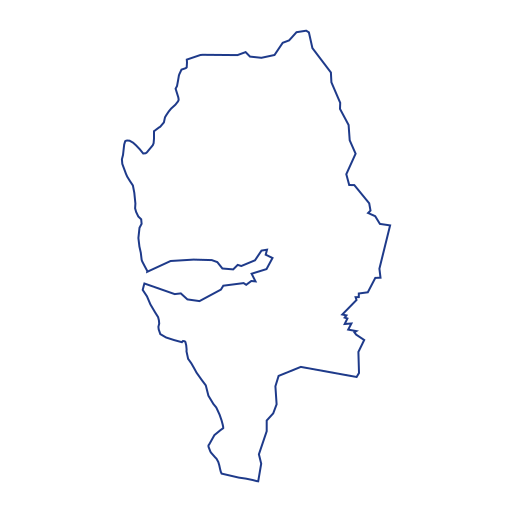 Struga, Struga, North Macedonia (Mercator projection)
{"feature_id": "65306769B59831193355348", "entity_name": "Struga", "entity_type": "district", "adm_level": 2, "iso_a3": "MKD", "parent_name": "North Macedonia", "parent_adm1": "Struga", "projection": "mercator", "projection_center": [20.597, 41.258], "detail": "fine", "context": "isolated", "style": "outline", "palette": "blue", "viewbox_px": 512, "rotation_deg": 0, "n_neighbors": 0, "source": "geoboundaries", "source_scale": "gbopen_adm2", "svg_char_len": 2619}
<svg xmlns="http://www.w3.org/2000/svg" viewBox="0 0 512 512"><path d="M144.4,283.5L143.9,285.2L142.7,289.9L147.0,296.4L150.4,304.4L155.0,312.2L157.4,316.0L158.1,317.1L158.9,320.3L159.2,323.6L158.6,326.0L158.4,326.8L158.7,329.4L160.3,334.1L166.1,337.5L174.2,340.1L181.9,342.2L182.4,341.5L183.0,341.0L184.7,341.3L185.4,342.0L186.2,345.3L186.6,349.4L186.5,351.4L188.1,358.8L191.3,363.3L194.0,368.0L196.5,372.6L201.6,379.8L205.8,385.4L208.4,395.7L213.4,404.0L216.2,407.4L216.7,408.4L219.6,414.7L221.6,420.5L222.7,424.6L223.2,427.1L223.2,428.2L220.5,430.1L214.4,435.1L209.2,444.4L208.7,445.0L208.4,445.9L208.6,447.0L210.3,451.4L210.9,452.5L215.1,457.3L216.5,458.7L218.3,462.0L219.3,465.4L220.1,469.1L220.8,471.8L221.6,473.6L234.5,476.6L238.8,477.6L245.8,478.6L252.6,480.0L256.7,481.1L258.2,481.3L261.2,463.7L258.9,454.3L266.7,431.2L266.7,420.5L273.2,413.4L276.6,404.3L275.4,386.3L278.6,375.9L300.8,366.9L356.6,377.0L359.0,373.0L358.4,351.9L364.2,340.0L356.1,334.6L354.4,332.3L356.3,331.1L348.2,329.6L351.4,323.5L344.7,324.0L347.4,318.5L344.7,317.6L346.4,315.4L342.3,314.5L356.5,300.0L355.6,297.2L358.8,297.1L358.8,293.5L367.8,292.3L375.3,277.9L380.5,277.7L379.4,268.7L390.1,225.4L379.9,223.9L375.2,216.2L368.1,213.0L370.5,210.6L369.2,203.3L354.3,185.1L349.2,185.0L346.3,174.2L355.6,153.7L349.7,140.3L348.6,125.0L340.0,108.9L340.2,102.8L331.4,82.3L330.9,72.5L312.4,48.1L308.9,32.4L306.2,30.7L296.5,32.2L289.1,40.4L282.7,42.8L274.5,55.0L261.4,57.8L250.0,56.6L245.6,52.1L237.5,55.1L202.6,54.8L200.4,55.0L186.8,59.6L187.0,62.6L186.7,67.3L186.3,67.8L185.1,68.4L181.5,69.6L179.3,74.3L178.9,75.5L178.0,80.8L177.0,86.1L175.6,88.7L178.3,97.4L178.6,99.2L178.6,100.0L178.0,101.4L175.4,104.7L171.1,108.6L168.8,111.4L166.3,115.1L165.0,117.3L163.9,122.4L160.2,126.8L159.1,127.4L154.0,131.2L154.0,138.7L153.6,143.2L152.8,145.2L148.0,151.0L147.2,152.0L146.4,152.8L145.4,153.3L143.2,153.5L139.8,149.3L136.0,145.3L133.1,142.7L129.6,140.7L127.1,140.5L125.9,140.8L125.2,141.2L124.2,144.5L123.0,155.0L121.9,159.3L122.3,163.9L126.0,173.9L127.2,176.6L129.9,181.0L132.9,185.5L134.3,192.8L135.4,203.6L135.1,208.3L136.1,211.9L138.3,216.5L141.2,219.3L141.6,223.8L139.5,227.8L138.4,238.0L139.4,246.5L140.8,252.8L141.6,259.5L141.9,260.7L142.6,262.2L144.7,266.2L147.3,271.0L147.2,271.8L170.6,261.0L193.5,259.6L211.8,260.1L217.3,262.1L222.4,268.5L233.2,269.4L237.7,264.9L241.3,266.0L255.0,260.3L261.5,250.6L267.0,249.7L265.7,254.7L272.5,258.0L266.5,269.1L251.6,273.7L255.5,281.4L251.3,281.0L246.2,284.8L243.6,283.1L223.3,285.7L220.9,289.6L199.5,301.1L187.4,299.4L180.8,293.4L174.7,294.1L144.4,283.5Z" fill="none" stroke="#1e3a8a" stroke-width="2"/></svg>